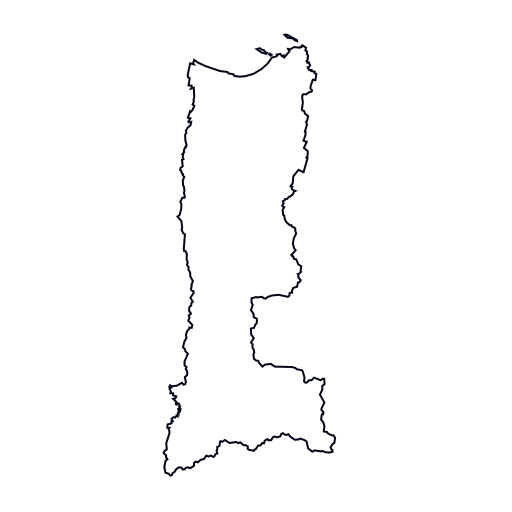 Sam Roi Yot, Prachuap Khiri Khan, Thailand (Albers equal-area conic projection), rotated 272°
{"feature_id": "78962969B49973516992329", "entity_name": "Sam Roi Yot", "entity_type": "district", "adm_level": 2, "iso_a3": "THA", "parent_name": "Thailand", "parent_adm1": "Prachuap Khiri Khan", "projection": "albers", "projection_center": [99.769, 12.241], "detail": "fine", "context": "isolated", "style": "outline", "palette": "ink", "viewbox_px": 512, "rotation_deg": 272, "n_neighbors": 0, "source": "geoboundaries", "source_scale": "gbopen_adm2", "svg_char_len": 6045}
<svg xmlns="http://www.w3.org/2000/svg" viewBox="0 0 512 512"><g transform="rotate(272 256 256)"><path d="M468.8,294.0L468.1,295.2L467.3,295.1L466.4,294.1L466.6,293.1L465.7,292.7L466.1,286.7L463.7,283.0L464.0,280.9L461.7,282.3L455.3,277.2L456.3,276.1L457.3,276.3L456.7,274.8L458.8,273.4L458.1,269.8L457.2,270.3L456.2,269.4L454.9,265.0L448.6,260.8L443.0,254.9L438.0,247.2L435.3,239.0L434.7,233.7L435.0,228.8L435.3,227.9L436.9,227.0L437.5,222.2L438.9,221.0L439.6,213.5L444.0,199.0L447.1,191.6L449.8,187.3L446.6,186.5L445.4,187.2L446.3,183.5L434.7,181.4L432.2,181.8L431.5,183.5L424.0,182.7L424.1,185.7L422.4,186.0L421.0,185.2L422.0,188.0L413.0,188.7L409.1,188.1L408.3,188.6L405.1,187.3L404.0,189.2L399.8,187.5L397.5,185.6L398.2,185.0L391.9,183.1L391.3,185.6L387.9,183.7L387.2,184.2L387.8,186.6L384.4,186.0L381.8,183.2L378.6,181.5L376.6,182.1L374.5,180.9L369.0,181.4L364.2,182.8L362.9,181.8L362.2,182.1L361.6,181.1L358.5,180.1L357.4,180.6L355.3,179.0L355.2,179.7L352.0,179.3L350.4,180.2L349.5,178.7L343.1,179.6L341.3,177.5L339.5,177.1L338.7,178.2L335.9,179.1L335.3,180.1L334.0,180.1L332.5,181.6L329.0,180.2L323.8,180.7L322.9,181.5L319.0,182.2L316.5,181.8L313.0,182.8L311.8,182.6L311.7,180.4L307.7,178.5L305.2,179.6L300.0,179.6L294.2,178.1L292.7,176.2L288.3,180.2L282.2,181.2L279.2,180.8L276.1,182.6L275.3,184.2L260.4,183.6L258.5,184.0L258.4,185.4L255.8,186.8L250.5,186.8L247.0,188.0L244.9,187.3L242.1,189.2L240.2,188.9L237.0,190.8L233.4,191.0L228.7,193.8L224.5,192.4L223.8,192.8L220.7,192.1L219.4,192.7L218.5,194.7L217.2,195.1L211.9,191.9L208.1,194.5L207.0,193.2L204.1,192.9L203.3,191.6L201.7,191.0L198.2,191.2L197.4,192.4L195.9,192.9L194.3,190.9L192.1,191.7L189.0,190.6L184.8,194.8L181.9,194.2L182.2,191.9L180.9,191.8L178.5,189.8L174.6,188.7L171.6,189.4L168.4,187.5L162.2,186.2L160.6,188.1L158.6,188.6L155.9,191.4L147.9,188.2L144.1,188.5L142.5,190.5L140.6,189.7L138.9,191.0L136.6,191.4L134.4,191.2L132.5,189.1L127.6,190.3L125.6,189.8L124.8,188.2L126.7,186.4L123.6,181.4L122.9,176.5L123.9,174.7L122.4,173.9L121.5,174.2L121.2,175.4L120.2,174.3L117.4,175.7L115.8,175.2L115.9,177.9L113.8,178.0L112.9,181.2L111.1,180.5L110.3,178.2L107.2,181.7L105.8,180.9L104.9,181.3L104.6,182.0L105.9,183.5L105.3,184.4L104.1,184.9L102.8,184.4L102.5,185.4L100.7,184.4L100.5,185.9L98.4,185.6L99.5,183.8L97.0,184.5L96.4,183.4L94.7,184.2L94.2,182.5L93.1,183.1L93.4,182.1L91.7,180.8L92.0,179.1L90.2,177.2L87.9,178.6L87.6,177.3L85.8,177.4L84.6,173.6L82.5,173.3L81.3,173.4L81.2,175.4L80.2,174.6L78.0,175.6L75.5,175.6L65.6,172.8L59.7,173.6L57.6,171.1L55.8,170.6L53.6,173.1L51.9,173.1L49.7,174.6L48.2,172.8L41.7,171.7L36.3,173.1L35.3,176.4L33.6,178.1L34.2,179.7L35.9,180.1L37.7,182.4L40.1,183.6L42.2,186.3L41.8,189.0L40.1,190.1L40.3,192.1L41.9,193.2L42.4,195.6L41.6,197.6L44.1,201.3L47.3,201.4L48.4,203.2L47.7,204.9L50.5,208.0L51.3,211.1L54.7,213.3L54.0,215.6L55.0,217.9L53.8,220.1L54.1,221.3L56.4,222.3L57.4,224.2L60.2,223.4L61.6,224.1L63.6,223.8L64.9,226.1L69.2,226.5L69.8,227.3L69.1,228.7L71.0,231.3L68.2,236.1L69.4,242.8L68.3,244.8L69.3,246.6L66.5,250.2L66.6,252.3L65.3,254.5L63.0,254.3L62.2,255.4L61.2,260.6L62.3,260.9L62.8,262.4L66.7,264.8L66.7,266.9L69.3,268.8L69.0,270.5L71.6,271.1L73.1,273.1L73.3,273.9L72.2,275.0L72.5,277.6L75.5,279.2L76.2,280.7L75.5,283.4L76.7,286.6L79.0,287.4L79.9,289.2L78.8,290.2L78.2,292.6L79.0,294.7L76.9,296.3L73.8,300.9L74.0,304.6L75.1,306.5L73.7,310.9L72.4,313.0L65.5,314.8L62.4,319.1L63.8,321.3L63.0,327.4L63.5,329.2L62.4,331.8L62.1,335.7L62.9,339.3L64.6,339.2L65.1,338.2L67.6,337.2L71.0,339.4L71.9,340.8L76.9,341.4L79.5,339.7L79.4,338.1L81.2,334.1L82.6,333.0L83.0,329.9L88.5,330.3L92.3,329.0L94.6,326.8L99.6,327.2L100.4,327.8L100.2,328.6L102.1,328.9L104.5,326.8L105.7,326.7L111.9,329.5L119.7,324.7L124.6,326.9L128.3,326.7L130.4,329.0L135.7,328.4L135.6,326.9L134.1,324.9L136.5,318.3L133.8,315.9L133.7,313.5L131.3,311.1L131.0,310.0L132.3,308.4L136.4,308.7L142.6,306.6L143.5,305.7L144.2,300.8L145.6,299.0L146.3,295.5L146.1,278.8L148.7,274.5L147.7,268.6L145.7,266.3L148.9,263.1L151.3,261.9L151.4,259.9L153.3,257.5L157.3,256.8L159.3,257.6L162.1,257.1L164.5,255.6L167.5,255.7L169.4,254.0L173.7,256.6L177.3,254.0L183.3,253.4L184.2,256.6L187.2,257.6L189.0,259.1L192.6,259.2L193.6,258.7L194.7,255.9L198.2,255.5L201.6,252.9L207.1,254.4L209.3,253.1L213.6,253.1L215.0,257.6L214.6,258.7L215.4,263.4L213.9,265.5L213.8,267.2L215.6,269.3L217.1,273.4L218.0,280.2L216.3,289.4L217.4,290.7L220.2,290.9L220.6,293.4L222.8,293.2L225.6,294.5L226.7,298.1L231.1,298.9L231.3,300.3L233.4,301.6L236.2,299.0L237.8,299.2L239.5,298.4L240.0,300.0L241.8,301.6L242.6,301.1L247.3,301.6L249.2,298.5L254.1,296.3L254.4,294.1L256.9,293.3L256.8,292.5L258.3,291.3L263.1,295.4L265.3,293.7L269.9,292.4L275.0,293.2L279.9,295.4L282.7,294.3L284.5,294.4L285.7,293.4L286.6,291.0L288.1,290.3L287.8,288.9L290.7,285.3L293.8,283.5L297.4,282.8L298.1,281.7L302.8,281.0L305.8,282.5L306.6,280.7L307.7,280.5L309.4,281.8L311.7,280.9L312.8,282.8L313.9,283.0L314.2,285.2L316.4,286.9L316.7,288.3L319.1,290.7L321.7,291.8L322.4,293.0L323.2,290.5L325.1,289.1L326.5,289.8L327.0,288.2L330.2,290.2L336.9,290.5L343.6,295.5L341.4,300.6L355.6,304.1L356.2,302.9L357.7,304.0L362.4,304.2L365.7,300.1L371.9,302.7L372.9,299.4L378.2,301.1L381.7,301.3L382.0,300.5L389.1,302.4L391.9,301.3L392.8,302.3L397.7,303.2L399.9,300.0L402.6,299.1L403.1,297.2L403.9,296.7L411.0,297.5L416.1,296.6L418.5,296.8L419.4,298.0L419.3,300.5L421.6,303.5L422.2,305.8L423.7,306.2L424.8,304.8L427.0,304.5L434.2,306.6L433.8,309.3L440.2,309.9L440.8,308.1L442.3,308.2L442.7,304.9L443.8,305.0L443.6,302.7L445.8,301.2L446.5,301.0L446.7,302.5L448.3,303.4L450.7,302.4L450.9,301.0L451.5,301.3L451.4,300.4L452.4,299.7L454.8,301.1L455.7,300.5L457.2,301.1L458.8,300.7L459.4,299.9L462.3,299.7L463.1,298.2L465.9,298.7L468.8,294.0ZM459.7,258.5L462.0,256.7L462.5,254.4L463.8,252.6L462.8,249.4L459.6,254.3L458.3,259.3L459.4,260.0L459.7,258.5ZM473.1,289.4L478.4,278.9L478.0,276.8L475.2,279.9L474.7,285.3L473.0,287.1L472.2,289.6L473.1,289.4ZM458.0,262.1L456.8,263.5L457.6,264.6L458.7,262.8L458.0,262.1Z" fill="none" stroke="#020617" stroke-width="2"/></g></svg>